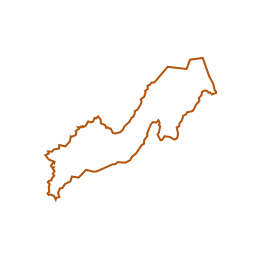 the district of Balsas, Maranhão, Brazil, rotated 34°
{"feature_id": "56859067B97951536873323", "entity_name": "Balsas", "entity_type": "district", "adm_level": 2, "iso_a3": "BRA", "parent_name": "Brazil", "parent_adm1": "Maranhão", "projection": "natural_earth1", "projection_center": [-46.459, -8.287], "detail": "medium", "context": "isolated", "style": "outline", "palette": "amber", "viewbox_px": 256, "rotation_deg": 34, "n_neighbors": 0, "source": "geoboundaries", "source_scale": "gbopen_adm2", "svg_char_len": 1879}
<svg xmlns="http://www.w3.org/2000/svg" viewBox="0 0 256 256"><g transform="rotate(34 128 128)"><path d="M91.7,149.8L90.4,152.1L89.5,151.8L89.2,153.3L88.1,153.2L87.5,154.9L86.4,155.3L87.8,155.8L86.4,160.0L88.0,161.1L88.6,163.2L86.2,166.8L85.2,166.9L87.3,171.5L86.4,178.2L80.5,180.5L82.3,183.6L78.7,187.1L78.3,190.1L74.8,192.2L76.6,193.6L74.6,196.6L79.7,198.4L86.0,197.1L86.6,198.6L85.3,198.6L85.2,202.5L87.1,203.1L88.4,202.2L88.4,203.8L91.3,204.9L91.3,208.1L93.5,208.8L93.0,212.5L93.8,214.3L91.9,216.3L91.8,217.8L94.5,218.4L95.3,221.2L98.4,225.0L97.9,227.2L99.5,227.9L101.1,226.3L104.8,225.8L108.0,227.7L107.5,226.2L109.7,223.6L106.3,220.9L105.3,216.2L107.2,214.4L107.1,209.6L110.0,204.4L108.7,199.6L114.8,196.7L116.7,186.1L123.5,183.7L126.3,181.5L135.6,166.6L137.5,165.5L138.5,162.1L145.1,158.3L147.7,153.8L147.5,149.0L148.9,144.8L148.9,134.4L150.0,132.2L148.2,128.8L148.5,123.4L147.2,122.7L145.0,112.7L145.2,109.3L148.6,107.5L148.8,104.6L150.1,105.1L151.7,106.6L151.9,108.2L153.6,108.5L156.1,114.3L156.1,116.9L161.9,120.0L162.9,119.0L163.0,114.3L167.6,112.1L173.1,111.6L174.5,108.8L172.5,104.5L168.1,100.3L169.4,98.0L168.1,95.5L168.4,91.6L166.9,86.7L168.5,84.5L168.2,81.9L171.9,78.1L172.2,76.2L171.3,70.2L172.1,65.5L170.0,63.6L170.6,59.9L169.2,56.5L170.6,53.9L173.2,53.1L175.1,53.7L176.0,52.6L178.7,53.3L181.4,49.7L180.8,48.7L179.0,48.4L173.9,43.6L166.5,39.8L150.8,28.1L141.2,36.7L143.6,46.3L126.7,55.1L124.4,75.5L122.2,77.1L122.0,80.0L120.6,82.1L122.6,84.4L121.4,87.7L122.7,88.5L124.0,93.3L122.4,96.9L124.3,98.2L125.3,101.3L125.6,107.4L124.2,110.2L125.6,112.5L126.1,115.7L125.2,117.7L125.8,121.8L124.1,128.9L124.8,132.3L123.8,135.9L120.4,139.8L118.1,140.5L113.8,138.1L112.1,139.2L110.8,138.8L109.8,140.1L107.5,138.4L102.9,139.3L100.8,136.4L96.7,135.1L96.2,137.9L94.7,138.2L95.4,142.3L94.0,144.2L91.3,144.8L91.7,149.8Z" fill="none" stroke="#b45309" stroke-width="2"/></g></svg>